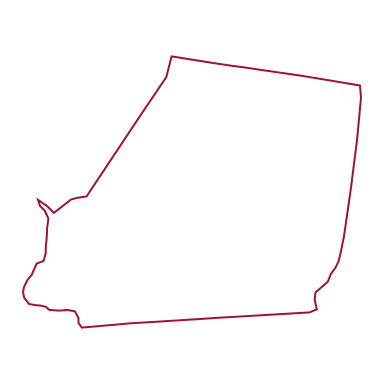 outline of Teotônio Vilela, Alagoas, Brazil
{"feature_id": "56859067B15562417941436", "entity_name": "Teotônio Vilela", "entity_type": "district", "adm_level": 2, "iso_a3": "BRA", "parent_name": "Brazil", "parent_adm1": "Alagoas", "projection": "albers", "projection_center": [-36.399, -9.958], "detail": "fine", "context": "isolated", "style": "outline", "palette": "rose", "viewbox_px": 384, "rotation_deg": 0, "n_neighbors": 0, "source": "geoboundaries", "source_scale": "gbopen_adm2", "svg_char_len": 875}
<svg xmlns="http://www.w3.org/2000/svg" viewBox="0 0 384 384"><path d="M301.8,75.8L262.3,70.1L247.0,67.8L238.3,66.6L231.9,65.8L211.8,62.8L197.6,60.5L171.6,56.4L166.3,77.1L142.8,111.9L139.5,116.8L86.6,196.4L77.0,197.9L71.2,199.4L53.9,212.9L47.4,206.3L38.1,199.9L40.0,206.0L44.6,210.4L48.4,218.5L47.1,228.3L46.7,237.6L45.9,246.3L45.6,254.0L43.4,261.0L36.6,263.6L33.9,269.8L31.8,274.7L27.5,280.0L24.0,286.9L23.0,292.4L24.3,298.0L29.1,304.0L35.6,305.2L40.8,305.6L45.9,306.9L49.5,310.0L59.7,310.6L67.7,310.0L74.8,311.3L78.5,318.0L78.5,323.0L81.8,327.6L130.7,323.3L139.2,322.8L183.7,320.0L219.5,317.7L309.5,312.4L316.8,309.3L314.7,299.9L315.5,292.4L320.0,288.6L327.8,281.7L330.9,273.9L335.6,267.5L338.6,261.2L340.8,252.1L343.9,236.9L348.2,207.3L351.2,186.2L355.0,155.9L356.2,146.6L357.2,138.5L361.0,97.7L360.0,85.5L301.8,75.8Z" fill="none" stroke="#9f1239" stroke-width="2"/></svg>